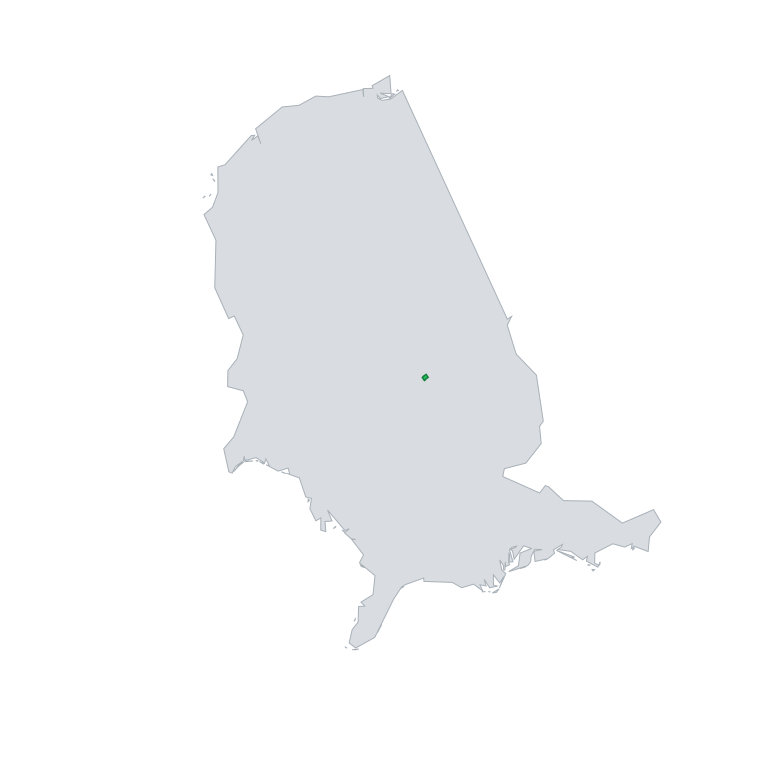 Audubon, Iowa, United States of America (highlighted), rotated 56°
{"feature_id": "52423323B14166317178885", "entity_name": "Audubon", "entity_type": "district", "adm_level": 2, "iso_a3": "USA", "parent_name": "United States of America", "parent_adm1": "Iowa", "projection": "albers", "projection_center": [-94.918, 41.684], "detail": "fine", "context": "in_parent", "style": "filled", "palette": "green", "viewbox_px": 768, "rotation_deg": 56, "n_neighbors": 0, "source": "geoboundaries", "source_scale": "gbopen_adm2", "svg_char_len": 3980}
<svg xmlns="http://www.w3.org/2000/svg" viewBox="0 0 768 768"><g transform="rotate(56 384 384)"><path d="M597.3,277.2L632.6,264.2L638.9,230.8L653.4,231.7L659.2,249.4L670.6,258.7L658.3,267.4L658.6,270.9L655.1,267.5L653.8,275.6L644.4,283.7L642.0,303.7L650.3,309.5L654.3,307.4L652.2,304.3L654.0,305.5L655.4,309.2L644.0,315.2L640.6,311.7L640.9,317.6L627.2,322.7L618.3,332.6L618.4,328.2L616.8,325.8L616.2,336.2L619.6,337.2L620.5,345.7L615.6,358.0L606.5,353.3L609.6,345.5L605.4,351.4L609.1,358.3L613.3,361.8L614.9,366.4L609.3,385.7L609.8,374.2L600.3,365.7L602.8,353.8L596.2,358.7L602.1,374.1L594.1,370.7L591.7,371.8L593.0,366.3L592.5,364.8L590.9,369.2L591.5,372.6L603.5,376.5L601.7,379.9L595.7,375.3L593.7,374.8L601.1,380.2L604.0,380.9L603.3,385.3L599.4,382.9L605.8,387.8L604.7,388.9L601.6,386.4L594.6,386.4L604.1,390.4L609.3,389.0L617.7,402.6L610.6,392.3L613.6,399.3L603.3,400.0L612.0,405.7L615.1,402.8L612.0,410.4L602.0,410.1L608.5,412.3L604.1,416.7L610.6,417.9L600.0,421.7L596.4,433.5L586.6,438.4L570.0,461.3L567.1,459.6L562.2,478.6L562.2,483.1L567.6,496.1L588.9,533.4L587.0,555.1L579.2,557.7L569.8,547.7L566.9,538.6L554.3,529.5L557.4,524.1L552.0,525.1L552.4,510.8L537.8,498.6L518.5,504.3L514.2,496.5L494.8,497.7L497.0,494.4L493.9,497.8L485.2,500.0L484.6,493.7L483.5,498.3L457.0,501.3L468.5,503.7L465.0,509.8L473.9,514.8L469.7,518.1L459.7,511.2L459.3,517.0L446.0,515.2L438.3,508.1L433.9,512.0L414.5,506.7L403.4,514.8L406.2,512.6L400.1,510.5L397.0,520.5L385.1,526.8L387.9,524.9L380.1,523.8L382.7,527.2L373.5,531.2L369.7,542.1L365.6,540.3L369.0,543.3L369.4,553.5L373.0,559.7L370.1,561.7L348.1,553.1L343.8,538.1L322.5,507.0L311.0,504.4L298.7,515.1L285.6,505.9L280.9,491.6L264.7,473.3L243.9,470.1L242.9,476.2L209.6,470.5L170.8,442.9L142.8,438.5L141.6,427.4L132.6,414.7L111.2,400.4L113.3,393.2L103.8,355.2L105.5,352.1L108.0,357.6L107.7,349.8L116.1,351.8L100.6,347.7L97.4,313.5L105.4,298.7L107.2,279.5L114.9,269.4L128.0,237.0L134.6,240.3L127.5,236.0L132.7,227.8L130.0,227.0L131.5,206.8L147.3,215.8L140.8,224.5L148.5,219.3L145.4,227.4L140.7,228.0L143.5,229.4L147.8,227.0L151.5,219.0L150.9,204.6L399.2,245.5L399.3,240.4L404.1,248.9L433.0,257.7L461.9,252.7L503.8,272.7L506.2,278.8L521.3,287.0L528.9,310.6L521.5,331.6L527.1,337.3L561.4,315.9L558.4,307.1L561.3,305.0L581.1,300.4L597.3,277.2ZM632.4,325.6L638.2,322.9L618.2,334.2L634.2,322.7L632.4,325.6ZM149.7,213.0L150.3,219.0L149.9,219.7L148.0,214.7L149.7,213.0ZM372.6,557.9L369.9,549.0L370.3,543.9L370.6,549.2L372.6,557.9ZM659.9,267.6L660.7,270.4L659.6,270.1L659.9,267.6ZM438.6,510.7L439.2,512.8L437.0,511.2L438.6,510.7ZM118.0,411.2L121.0,410.8L121.1,411.2L118.0,411.2ZM115.3,409.5L113.8,410.6L113.3,409.1L115.3,409.5ZM649.6,314.0L648.4,316.2L647.9,316.0L649.6,314.0ZM372.1,539.3L370.3,543.3L374.6,535.6L372.1,539.3ZM582.4,521.0L586.5,528.4L581.7,520.4L582.4,521.0ZM130.1,421.7L130.7,424.1L129.9,421.8L130.1,421.7ZM588.5,556.1L586.4,559.0L589.6,553.1L588.5,556.1ZM619.6,407.4L617.8,411.0L618.2,403.2L619.6,407.4ZM148.8,208.0L148.3,209.5L147.6,208.4L148.8,208.0ZM382.8,528.8L378.5,530.6L382.9,528.2L382.8,528.8ZM655.5,313.2L656.0,315.2L654.1,315.2L655.5,313.2ZM128.4,427.5L128.6,430.3L128.0,427.7L128.4,427.5ZM377.4,532.1L375.7,533.1L377.2,531.5L377.4,532.1ZM614.6,369.9L613.0,374.6L614.7,368.2L614.6,369.9ZM402.1,516.6L399.3,518.2L403.3,515.5L402.1,516.6ZM563.0,480.6L563.0,484.0L562.4,481.7L563.0,480.6ZM611.6,418.2L610.9,419.0L612.9,416.0L611.6,418.2ZM525.5,502.8L522.4,504.9L521.0,504.7L525.5,502.8ZM483.9,499.5L483.4,500.2L481.5,500.2L483.9,499.5ZM563.3,539.5L564.1,541.7L562.6,539.1L563.3,539.5ZM475.7,504.8L475.4,506.9L475.0,503.2L475.7,504.8ZM581.7,562.8L579.8,563.4L582.3,562.3L581.7,562.8ZM620.3,347.3L619.6,349.6L620.4,346.3L620.3,347.3ZM616.0,412.0L615.1,413.0L614.8,413.0L616.0,412.0Z" fill="#d9dde1" stroke="#a8b0b8" stroke-width="1"/><path d="M399.6,343.7L399.6,347.3L400.1,347.3L400.1,348.6L401.3,348.6L403.7,348.6L403.7,347.3L403.2,347.3L403.2,343.7L399.6,343.7Z" fill="#22c55e" stroke="#15803d" stroke-width="1.5"/></g></svg>